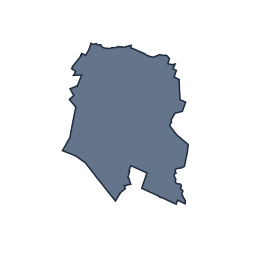 Peciu Nou, Timis, Romania, rotated 246°
{"feature_id": "2599482B53366804406039", "entity_name": "Peciu Nou", "entity_type": "district", "adm_level": 2, "iso_a3": "ROU", "parent_name": "Romania", "parent_adm1": "Timis", "projection": "equal_earth", "projection_center": [21.009, 45.622], "detail": "fine", "context": "isolated", "style": "filled", "palette": "slate", "viewbox_px": 256, "rotation_deg": 246, "n_neighbors": 0, "source": "geoboundaries", "source_scale": "gbopen_adm2", "svg_char_len": 4919}
<svg xmlns="http://www.w3.org/2000/svg" viewBox="0 0 256 256"><g transform="rotate(246 128 128)"><path d="M202.1,164.6L202.2,164.3L202.5,163.4L202.7,162.5L202.9,160.5L203.2,158.5L203.2,157.6L203.3,157.0L203.5,156.6L204.1,156.0L204.5,155.7L204.8,155.2L205.0,154.7L205.1,153.9L205.3,153.4L205.7,152.9L206.2,152.6L206.4,152.2L206.5,151.4L206.4,150.4L206.4,149.6L206.5,149.0L206.7,148.4L207.2,147.8L207.4,147.3L207.7,146.7L207.9,146.1L208.0,145.5L207.9,144.9L207.9,144.3L208.0,143.7L208.1,143.3L208.5,142.8L209.0,141.9L209.5,141.0L210.0,140.0L210.6,139.2L211.0,138.5L211.9,137.8L212.4,137.5L212.8,137.2L213.1,137.1L213.4,137.0L213.9,137.1L214.4,137.1L214.7,137.1L215.1,136.9L215.4,136.6L215.5,136.3L215.8,135.4L216.0,134.6L216.2,134.2L216.5,133.9L216.8,133.8L217.3,133.7L217.6,133.6L217.8,133.4L218.1,132.7L218.3,131.9L218.4,131.0L218.5,130.4L218.7,130.1L219.5,129.4L220.5,128.7L219.2,127.5L218.5,126.9L216.4,125.1L216.2,124.8L215.4,124.1L214.3,122.5L212.8,120.4L211.7,118.9L214.9,116.2L213.8,114.4L213.2,114.7L213.0,114.3L210.9,110.4L206.6,102.0L205.9,102.0L205.1,100.6L202.7,102.1L200.9,103.2L199.9,101.9L198.5,100.0L198.3,99.6L197.2,102.4L195.3,107.2L195.2,107.1L191.3,103.2L189.2,101.0L186.8,98.6L186.6,98.4L187.4,97.9L187.3,97.4L187.2,97.0L187.2,96.0L187.4,91.0L182.4,91.4L181.7,91.5L179.6,91.7L179.6,91.2L179.2,90.1L179.1,89.6L178.5,87.8L178.0,86.3L177.9,86.0L173.9,87.2L173.2,87.4L168.9,88.6L168.6,88.7L168.3,88.8L165.5,86.8L164.9,86.4L162.1,84.4L158.4,81.8L157.7,81.2L154.7,79.2L154.3,78.9L151.0,76.6L150.1,76.0L148.4,74.8L147.7,74.3L145.6,72.9L144.7,72.3L143.9,71.7L143.5,71.4L142.8,70.9L141.9,69.8L140.7,67.9L139.3,66.1L137.3,63.4L134.0,58.9L130.3,62.5L127.1,65.7L123.8,68.8L122.7,69.5L121.2,70.4L118.8,71.8L116.9,72.9L115.5,73.7L113.9,74.6L113.0,75.0L111.3,75.4L110.5,75.6L108.9,76.0L107.8,76.3L103.7,77.3L99.7,78.3L99.4,78.4L98.4,78.6L96.5,79.0L94.6,79.5L90.6,80.6L84.6,82.1L76.4,84.2L72.6,85.2L70.3,85.8L66.4,86.8L69.4,91.1L71.3,93.9L71.7,93.8L72.6,97.0L73.0,98.4L73.7,100.9L74.4,100.9L76.5,101.2L76.3,101.3L76.2,101.3L76.2,102.1L76.3,103.0L76.3,103.3L76.2,104.1L76.0,105.2L75.8,106.5L75.7,107.1L75.6,107.4L75.5,107.6L77.0,107.7L79.1,108.0L81.5,108.3L82.2,108.4L82.4,108.4L82.9,107.6L83.3,108.0L84.9,109.4L87.9,112.0L88.5,111.4L89.9,112.8L92.4,115.3L91.5,116.1L88.4,118.9L84.8,122.1L79.2,127.0L74.3,122.5L72.4,120.7L70.3,118.7L68.5,117.1L67.3,116.0L66.2,117.0L60.4,122.1L57.3,124.9L56.4,125.6L53.3,128.4L53.1,128.5L52.8,128.6L52.6,128.6L52.4,128.6L51.3,129.3L51.2,129.4L51.2,129.6L51.2,129.8L51.2,130.1L50.4,130.8L47.0,133.8L46.2,134.4L45.8,134.9L45.2,135.4L41.5,138.6L39.2,140.7L38.8,141.0L39.7,141.8L41.8,143.9L39.9,145.6L37.1,148.0L36.4,148.6L35.5,149.5L36.5,150.0L37.8,150.6L38.3,150.8L39.3,150.7L40.7,150.5L41.0,150.4L41.6,150.4L42.2,150.3L42.8,150.3L43.3,150.4L43.9,150.4L44.6,150.4L45.7,150.4L46.1,150.4L46.4,150.5L46.6,150.6L47.0,151.3L47.4,152.0L48.3,152.6L48.6,152.6L50.1,151.8L50.6,151.5L51.3,151.3L51.5,151.5L51.8,151.9L52.4,152.6L52.7,152.8L53.2,153.1L53.8,153.2L54.9,153.2L55.4,153.0L55.7,152.7L56.2,151.8L56.7,151.1L57.2,150.0L59.1,149.2L60.6,150.1L61.9,150.9L62.4,150.7L65.0,150.7L65.5,150.7L67.4,152.1L67.2,153.5L67.3,153.5L70.5,153.8L70.7,154.6L71.1,155.9L70.4,158.5L69.8,160.6L69.9,162.1L70.0,164.0L71.8,165.2L72.9,166.0L74.9,167.4L77.3,169.1L78.9,170.3L79.7,170.9L80.6,171.5L81.2,172.0L81.8,172.3L83.2,173.2L85.0,174.3L88.4,176.3L91.5,174.8L95.1,173.0L97.6,171.8L98.8,171.3L100.0,170.6L100.7,170.3L101.3,170.0L101.8,169.8L102.3,169.6L104.5,169.1L105.3,168.9L105.9,168.8L106.2,168.7L107.9,168.3L110.3,167.7L112.9,167.0L113.1,167.0L113.7,167.7L115.8,170.2L118.1,170.9L118.7,171.9L120.0,173.7L121.8,176.1L122.4,176.9L122.2,178.0L121.5,182.2L121.3,183.4L121.1,184.4L122.1,185.4L123.7,186.9L127.9,190.9L128.1,191.2L128.8,190.6L130.0,189.6L130.3,189.2L131.6,188.1L132.7,187.1L137.9,189.1L139.4,189.6L143.1,191.0L145.9,192.2L146.6,192.4L151.0,194.2L151.1,194.4L151.4,194.5L152.3,193.9L155.8,190.9L160.2,194.9L160.9,195.6L163.8,193.2L167.3,197.1L167.4,196.8L167.4,196.6L167.6,196.1L167.6,195.9L167.6,195.7L167.7,195.3L167.6,195.2L167.6,194.9L167.6,194.7L167.7,194.3L167.8,194.2L168.2,193.7L168.5,193.2L168.8,192.9L169.7,191.6L170.5,190.5L174.2,193.9L174.5,194.1L175.3,193.9L177.4,193.2L177.7,193.1L178.1,193.0L178.5,192.7L178.8,192.5L179.1,192.0L179.3,191.5L179.9,190.0L180.0,189.7L180.2,189.4L180.3,189.2L180.8,188.6L182.0,187.2L182.2,186.5L182.2,184.8L182.3,183.5L182.3,182.2L182.3,181.9L182.3,181.2L182.4,180.4L182.4,180.1L182.5,180.0L182.6,179.7L182.7,179.4L182.9,179.2L183.1,178.9L183.3,178.6L184.2,177.5L184.6,177.1L184.7,176.9L184.9,176.6L185.3,176.3L185.6,175.9L185.9,175.6L186.8,174.7L187.2,174.5L187.6,174.3L188.2,174.0L188.7,173.7L189.6,172.9L190.5,172.2L190.9,171.8L192.3,170.6L193.0,169.9L194.0,168.9L194.6,168.4L195.4,167.7L195.8,167.3L196.3,166.9L197.6,165.7L198.7,164.6L199.8,163.6L199.9,163.4L200.1,163.0L202.1,164.6Z" fill="#64748b" stroke="#1e293b" stroke-width="1.5"/></g></svg>